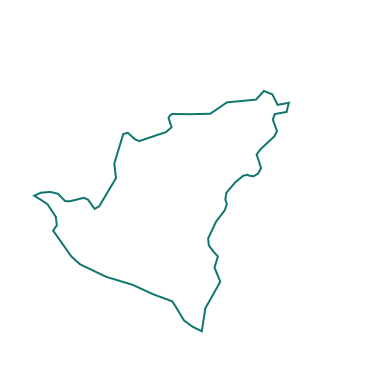 the district of Kupe-Manenguba, Sud-Ouest, Cameroon, rotated 226°
{"feature_id": "32672807B45405319599490", "entity_name": "Kupe-Manenguba", "entity_type": "district", "adm_level": 2, "iso_a3": "CMR", "parent_name": "Cameroon", "parent_adm1": "Sud-Ouest", "projection": "mercator", "projection_center": [9.612, 5.042], "detail": "fine", "context": "isolated", "style": "outline", "palette": "teal", "viewbox_px": 384, "rotation_deg": 226, "n_neighbors": 0, "source": "geoboundaries", "source_scale": "gbopen_adm2", "svg_char_len": 1021}
<svg xmlns="http://www.w3.org/2000/svg" viewBox="0 0 384 384"><g transform="rotate(226 192 192)"><path d="M283.8,94.4L290.6,90.0L296.4,82.9L299.0,76.0L283.7,79.6L268.6,76.7L261.9,71.6L260.7,65.3L229.6,60.4L217.9,61.2L190.4,71.4L166.7,84.7L145.4,93.0L127.1,101.8L125.5,101.5L121.2,100.7L105.2,97.0L94.7,98.8L85.0,102.3L99.1,120.8L107.8,150.0L122.0,155.7L127.7,165.9L134.2,166.0L141.9,167.0L147.4,171.4L154.0,188.9L156.1,202.8L159.0,208.6L163.5,210.8L167.5,216.1L168.9,229.2L168.2,239.9L165.9,243.9L164.2,244.4L160.7,247.0L159.3,252.4L161.2,258.2L167.4,261.4L174.1,264.5L175.2,271.7L174.8,289.9L176.7,295.4L187.9,300.4L190.6,305.7L183.9,315.6L188.9,323.6L195.2,314.1L206.3,317.6L214.7,313.9L214.0,302.2L232.2,279.4L235.6,259.5L248.6,245.4L261.6,232.2L262.5,229.7L261.5,226.5L252.8,222.3L253.1,215.1L265.3,189.4L269.5,187.6L279.3,186.9L281.4,182.7L266.4,155.8L254.8,147.0L249.2,126.4L246.2,115.2L247.5,110.2L258.7,111.9L262.9,110.2L270.3,97.5L273.7,94.4L283.8,94.4Z" fill="none" stroke="#0f766e" stroke-width="2"/></g></svg>